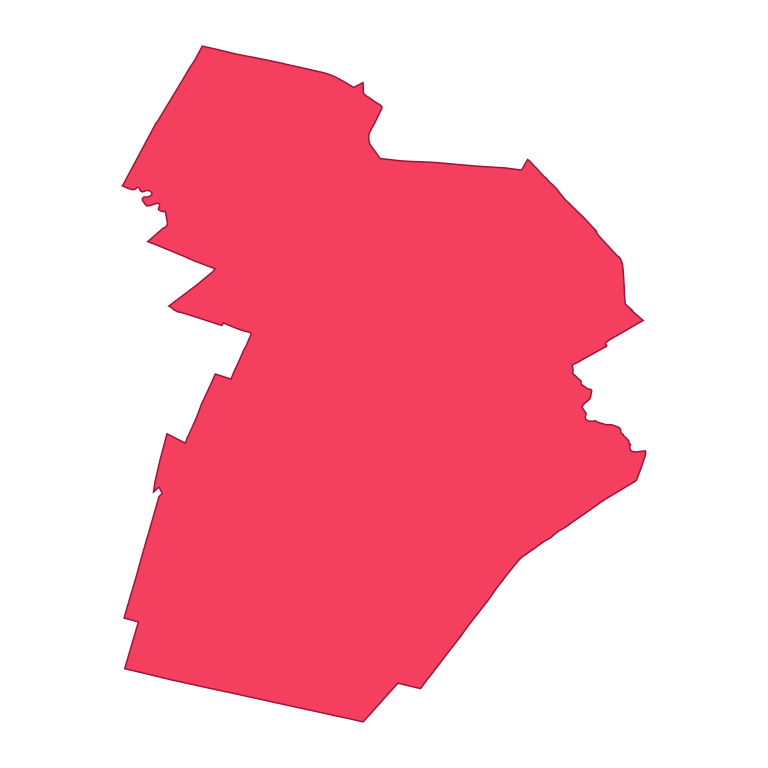 the district of Iepuresti, Giurgiu, Romania
{"feature_id": "2599482B53463845367908", "entity_name": "Iepuresti", "entity_type": "district", "adm_level": 2, "iso_a3": "ROU", "parent_name": "Romania", "parent_adm1": "Giurgiu", "projection": "robinson", "projection_center": [25.884, 44.251], "detail": "fine", "context": "isolated", "style": "filled", "palette": "rose", "viewbox_px": 768, "rotation_deg": 0, "n_neighbors": 0, "source": "geoboundaries", "source_scale": "gbopen_adm2", "svg_char_len": 6088}
<svg xmlns="http://www.w3.org/2000/svg" viewBox="0 0 768 768"><path d="M353.0,719.6L363.2,721.9L373.8,710.1L387.7,694.5L397.9,683.2L420.5,688.6L428.6,677.7L429.5,676.8L434.8,669.9L444.6,657.1L447.4,653.4L456.4,641.8L457.8,640.0L459.8,637.3L460.1,636.7L460.4,636.8L461.0,635.9L462.0,634.4L463.5,632.3L466.9,627.5L467.2,627.1L467.8,626.4L468.6,625.2L472.8,619.9L487.3,601.3L488.5,599.8L493.0,593.4L495.3,590.0L495.6,589.5L497.3,587.3L499.2,584.8L500.7,582.8L502.4,580.8L506.0,575.9L512.5,567.8L515.0,564.7L516.9,562.4L519.4,559.5L520.6,558.3L523.4,556.0L525.5,554.7L526.3,554.3L527.8,553.0L531.1,550.7L535.1,548.0L536.8,546.6L540.4,544.0L542.2,542.7L544.5,541.2L546.5,540.0L549.2,538.6L550.7,537.7L552.6,536.1L553.1,535.5L553.9,534.8L555.4,533.6L555.8,533.2L556.4,532.7L557.4,531.9L558.1,531.4L559.3,530.7L559.9,530.4L561.6,529.4L565.3,527.3L569.2,524.5L572.8,521.9L591.3,509.0L601.6,501.7L605.4,499.2L610.4,496.2L626.7,486.4L632.4,483.0L634.5,481.7L636.1,480.7L636.4,480.3L636.8,479.5L641.7,466.3L645.2,455.7L645.7,453.1L645.5,451.8L645.5,451.0L645.2,450.9L637.1,451.8L634.1,451.9L632.6,451.5L631.1,450.7L630.4,449.7L629.8,448.0L629.7,446.7L629.8,445.8L630.5,445.3L630.6,444.8L630.3,444.4L629.3,443.3L628.9,442.2L628.8,440.8L628.4,440.3L627.7,439.6L626.3,438.4L625.3,437.1L624.6,436.6L623.7,436.0L623.5,435.7L623.3,434.6L621.6,433.5L621.1,432.9L620.8,431.9L620.8,430.9L620.7,430.0L620.3,429.1L619.5,427.9L619.1,427.5L617.1,426.7L612.4,425.0L611.2,424.8L606.0,424.7L602.6,423.6L600.5,423.1L597.2,422.0L596.5,421.4L595.9,420.9L595.4,420.7L593.3,421.2L590.8,421.2L589.0,421.1L587.7,420.6L586.7,420.1L585.6,418.8L585.4,417.5L585.2,416.5L585.7,415.4L586.1,414.2L586.2,413.7L585.8,412.9L585.1,411.8L583.5,409.7L582.8,408.5L582.2,407.3L582.5,406.1L582.7,405.6L583.8,404.2L585.1,402.9L586.3,402.0L587.6,400.9L589.2,399.6L589.8,399.0L590.7,396.7L591.0,394.5L591.3,392.9L591.5,392.0L591.6,391.5L591.7,391.0L591.7,390.6L591.4,390.0L590.9,389.6L590.3,389.3L588.8,389.1L586.7,388.4L586.3,388.2L585.0,386.9L582.7,385.3L581.7,384.7L581.3,384.3L581.2,383.8L581.0,383.1L581.1,381.5L580.9,381.0L580.4,380.3L579.5,379.6L578.6,379.0L577.5,377.9L575.5,375.9L572.6,373.5L572.5,373.0L572.7,372.5L573.1,370.9L573.0,369.7L572.9,368.4L572.1,365.5L572.2,365.2L572.4,365.1L579.8,361.1L584.3,358.6L590.7,355.0L596.7,351.7L602.9,348.3L605.8,346.8L606.6,346.2L606.8,345.9L606.8,345.6L606.5,345.1L606.0,344.7L605.6,344.2L605.4,343.7L605.6,343.2L606.0,342.6L607.8,341.1L610.4,339.3L615.0,336.7L633.9,325.8L638.0,323.4L643.1,320.5L631.5,310.4L632.1,310.1L625.6,304.4L625.3,304.1L625.1,303.6L624.4,292.3L624.2,287.2L623.6,276.8L623.2,271.3L622.8,267.0L622.6,264.8L621.8,262.2L621.1,260.3L620.5,258.9L618.6,256.6L617.6,256.2L616.0,254.5L611.9,250.1L609.8,247.8L599.2,236.3L598.5,235.5L597.0,233.1L596.3,231.9L596.3,231.0L595.9,230.7L583.8,217.6L583.1,216.9L579.3,213.3L576.5,210.6L571.9,206.0L564.6,199.0L560.7,194.2L559.1,192.1L557.9,190.4L557.2,189.5L552.9,185.0L552.5,184.6L549.6,182.2L549.1,181.7L547.4,179.6L546.7,178.8L545.3,177.5L542.5,175.0L539.1,171.1L537.2,169.0L532.1,163.9L530.0,161.3L528.6,160.2L527.6,159.5L522.8,167.9L522.1,169.1L521.8,169.5L521.3,169.7L520.9,169.8L520.0,169.8L514.0,169.1L506.3,168.0L474.3,166.0L473.9,165.9L473.3,165.8L457.8,164.5L447.0,163.5L432.7,162.3L425.2,162.0L419.0,161.7L411.4,161.5L401.4,160.9L380.1,158.5L378.8,156.7L375.5,152.0L370.1,144.6L369.5,143.1L368.8,139.6L368.8,137.4L368.8,135.9L369.0,134.4L369.3,133.4L369.7,132.3L370.4,130.9L373.7,124.7L375.3,121.9L377.6,117.0L381.9,108.2L381.9,107.7L381.9,107.1L381.7,106.3L381.1,105.7L379.7,104.7L375.0,101.8L372.7,100.2L370.1,98.3L368.9,97.4L368.0,96.9L367.2,96.5L366.2,95.9L365.3,95.2L364.5,94.6L364.1,94.0L363.8,93.5L363.5,93.0L363.4,92.5L363.3,90.9L363.2,86.4L363.0,82.6L355.3,86.6L353.6,87.5L351.3,86.0L347.5,83.8L342.9,81.0L341.7,80.4L338.3,78.5L332.8,75.8L330.8,75.0L329.0,74.4L325.0,73.1L308.7,69.3L287.1,64.5L286.7,64.5L283.0,63.4L279.3,62.7L274.4,61.6L254.3,57.5L248.1,56.4L242.9,55.4L241.6,55.1L241.3,55.1L235.9,54.0L227.7,52.0L210.4,47.9L202.2,46.1L201.9,46.8L194.8,60.1L189.7,67.8L181.8,81.2L168.3,103.5L162.5,113.1L157.1,122.1L156.1,122.9L156.0,123.1L122.9,185.1L122.3,185.9L127.6,188.2L131.0,189.3L133.1,189.7L134.7,189.4L136.2,188.4L137.2,187.6L137.9,187.4L138.6,187.6L139.4,188.4L140.0,190.0L140.8,191.2L141.9,191.8L143.8,191.6L146.1,190.6L148.1,190.5L149.9,191.1L151.5,192.4L152.1,193.4L151.5,194.8L149.8,196.1L147.7,197.0L145.0,197.0L143.6,197.2L142.3,198.7L142.6,200.6L143.9,202.5L145.5,204.7L146.4,205.7L147.7,205.9L149.3,205.7L154.8,204.1L156.6,203.3L157.8,203.2L158.7,203.5L159.3,204.2L159.7,205.2L159.2,206.8L158.5,208.3L158.5,209.4L159.3,210.3L161.1,211.1L163.7,211.7L165.3,211.2L167.5,223.2L167.1,224.9L165.6,227.0L164.4,227.9L163.4,227.9L149.5,240.1L147.7,241.5L149.2,242.2L151.4,243.0L154.0,244.0L160.3,246.5L166.7,249.2L172.2,251.4L175.0,252.6L184.7,256.6L189.6,258.8L193.7,260.7L202.0,263.8L208.1,266.2L208.5,266.3L215.1,268.7L214.6,269.3L213.5,270.9L212.3,272.1L196.4,285.2L191.1,289.2L181.1,296.8L175.9,300.7L170.6,304.8L168.8,306.1L170.3,306.8L172.2,308.2L173.5,309.5L177.2,311.7L178.4,312.0L180.9,312.4L184.2,313.4L188.5,314.7L191.2,315.6L199.7,318.3L211.0,322.0L221.7,325.5L223.3,322.9L228.7,325.2L237.3,328.7L244.1,331.0L250.0,332.4L250.7,333.3L251.0,334.3L250.1,337.0L248.9,339.2L246.5,345.2L243.7,350.4L236.9,365.6L233.9,371.9L231.0,379.1L215.3,374.0L210.3,385.3L201.6,403.8L196.7,417.1L190.0,432.1L188.6,435.1L186.9,438.4L185.5,443.2L167.0,433.8L160.0,460.1L155.0,481.8L153.5,492.0L155.6,490.4L157.1,488.4L158.4,487.8L159.3,487.5L159.6,487.9L160.2,489.4L162.1,493.4L160.9,494.7L159.7,495.8L159.1,496.6L158.8,497.1L158.1,499.9L151.2,523.8L151.1,524.1L148.6,533.1L147.0,538.2L141.6,557.0L137.8,571.0L137.6,571.8L137.5,572.1L129.6,599.0L125.6,612.7L124.1,618.1L138.4,621.9L124.7,668.7L144.7,673.4L173.1,680.3L178.0,681.3L189.1,683.8L196.2,685.3L196.4,685.4L216.2,689.7L239.6,694.7L239.8,694.8L248.4,696.7L254.9,698.1L262.5,699.7L271.3,701.7L273.1,702.2L283.2,704.3L283.4,704.4L299.9,708.0L325.3,713.5L333.1,715.3L348.4,718.5L353.0,719.6Z" fill="#f43f5e" stroke="#9f1239" stroke-width="1.5"/></svg>